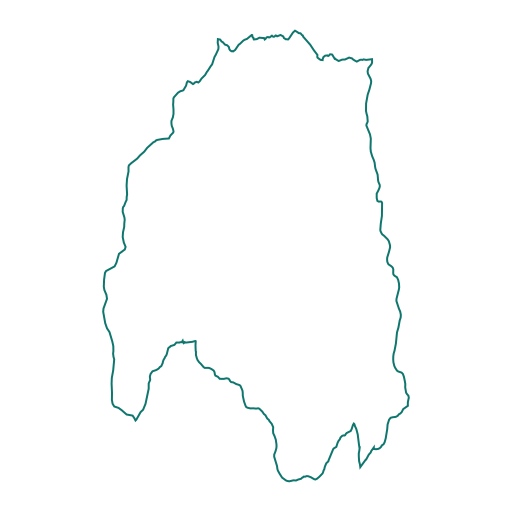 the district of Soatá, Boyacá, Colombia
{"feature_id": "7082276B16806691942886", "entity_name": "Soatá", "entity_type": "district", "adm_level": 2, "iso_a3": "COL", "parent_name": "Colombia", "parent_adm1": "Boyacá", "projection": "equal_earth", "projection_center": [-72.688, 6.322], "detail": "fine", "context": "isolated", "style": "outline", "palette": "teal", "viewbox_px": 512, "rotation_deg": 0, "n_neighbors": 0, "source": "geoboundaries", "source_scale": "gbopen_adm2", "svg_char_len": 5995}
<svg xmlns="http://www.w3.org/2000/svg" viewBox="0 0 512 512"><path d="M372.0,59.2L366.2,59.9L363.5,59.4L362.5,59.9L361.2,59.7L359.9,59.9L356.8,61.6L354.7,60.5L353.0,59.4L352.0,58.4L349.1,57.6L345.0,59.5L342.2,59.6L338.7,61.0L335.8,59.3L335.1,58.6L334.7,58.8L332.2,54.6L330.8,54.3L330.0,54.3L328.9,55.6L328.1,56.0L327.3,55.4L325.1,55.7L323.4,57.1L322.7,59.1L322.6,60.1L320.7,59.9L319.8,59.4L317.5,57.6L317.3,57.0L317.4,54.9L313.9,50.3L310.2,44.7L303.2,36.7L302.8,35.5L302.1,35.2L300.5,33.3L298.6,33.1L297.6,32.2L295.0,30.7L293.0,32.5L289.0,38.5L288.0,39.5L286.7,39.2L285.9,39.3L283.9,38.0L283.3,36.5L282.9,36.2L280.5,35.0L277.1,36.3L276.2,35.6L275.5,35.5L274.8,36.3L273.9,36.8L272.5,36.4L271.9,35.7L269.6,37.4L268.7,37.4L268.0,37.0L266.6,37.4L265.3,39.1L264.7,39.5L264.1,38.1L259.4,37.7L256.8,39.1L253.9,39.5L253.7,39.2L253.4,37.8L253.1,37.7L252.5,37.0L252.2,35.1L251.7,35.0L247.0,38.9L244.8,39.7L243.3,40.6L240.0,43.8L238.7,44.7L235.1,50.0L233.1,51.4L232.7,51.1L231.7,51.3L230.2,50.4L229.3,49.0L228.9,47.1L227.8,45.9L227.0,45.2L225.1,44.7L222.6,42.0L221.6,41.6L220.2,39.6L217.9,39.1L217.7,42.8L218.5,46.5L218.4,48.8L218.2,49.5L215.8,54.7L214.5,57.0L212.1,64.4L210.9,65.9L207.7,70.9L207.0,71.7L205.1,75.0L201.5,78.6L199.6,81.4L198.3,82.5L196.7,81.8L194.8,82.5L193.7,83.7L193.0,84.1L190.2,82.0L187.8,81.2L186.9,82.4L186.1,85.6L183.4,90.2L182.6,90.6L180.4,91.2L178.0,92.7L174.0,97.2L173.4,98.4L173.3,102.2L173.1,104.4L173.5,109.7L173.5,113.9L172.9,117.3L171.5,120.7L171.4,122.1L171.5,124.1L171.8,126.0L172.8,128.4L173.4,130.8L173.5,131.8L173.0,132.8L170.4,135.5L168.9,138.5L162.9,138.9L157.4,139.9L156.0,140.4L155.3,141.3L153.3,142.3L147.3,147.7L144.2,151.7L140.0,155.4L137.2,158.6L131.2,163.2L128.9,165.4L128.5,167.0L128.5,171.6L127.0,179.1L126.6,185.7L127.1,194.5L126.7,196.8L126.6,200.0L125.6,202.0L124.1,205.9L123.2,207.0L122.8,208.3L122.7,211.9L124.4,217.4L124.7,219.9L124.3,223.3L124.2,226.9L123.0,232.4L122.7,237.0L123.8,242.5L125.6,246.9L124.8,249.5L119.0,253.8L116.4,262.8L114.6,266.4L106.1,271.0L105.0,272.8L104.1,279.5L103.8,286.7L104.4,290.1L106.4,294.8L107.0,298.8L103.5,308.5L103.2,311.8L105.2,323.1L107.0,328.3L109.5,332.1L112.3,341.5L113.3,346.1L113.4,350.9L113.1,353.7L113.5,356.8L114.2,359.4L113.2,370.3L111.8,378.0L111.6,383.7L112.0,393.0L111.9,400.0L112.6,403.8L114.3,406.5L118.5,407.9L121.7,410.2L126.6,414.5L132.6,415.6L134.3,418.1L135.5,420.5L136.3,419.7L140.6,412.1L143.1,409.7L145.5,403.9L148.7,388.7L148.7,383.4L150.1,380.1L150.2,379.4L149.9,377.3L149.9,376.3L150.6,373.9L152.5,371.3L156.3,370.0L158.3,368.8L159.0,368.2L159.7,367.2L161.3,366.1L162.8,362.8L162.8,362.0L163.6,359.8L164.7,358.0L165.0,357.1L166.2,355.5L166.8,354.0L168.2,348.4L168.6,347.8L170.3,346.6L170.6,346.1L174.4,344.9L176.4,342.5L179.7,342.5L180.2,342.2L181.7,342.2L182.7,340.7L183.2,342.5L183.7,343.2L184.1,342.9L184.3,342.2L184.6,342.0L185.7,342.6L192.4,341.8L195.3,341.0L195.7,341.2L195.5,345.6L195.7,351.1L196.0,351.8L195.9,353.2L196.0,355.2L196.8,358.1L197.6,360.1L199.2,362.3L200.7,363.7L203.6,367.1L204.7,367.9L208.6,367.9L209.5,368.1L211.4,369.0L213.7,370.6L214.5,372.1L214.9,374.5L215.4,375.6L217.9,376.8L219.7,378.8L223.7,378.9L226.4,378.3L227.8,378.5L228.7,378.8L229.5,379.9L230.2,381.2L231.2,382.1L233.3,382.4L236.1,384.0L239.6,385.1L240.5,386.0L242.4,390.4L242.7,392.2L242.8,395.8L244.0,401.4L245.4,405.4L246.1,406.9L247.4,407.7L250.4,408.4L253.3,408.3L256.1,408.6L258.2,408.3L259.3,408.7L262.3,411.6L263.9,414.0L265.4,415.2L267.3,418.6L268.7,419.7L269.5,421.2L271.7,423.8L273.2,427.2L273.0,430.2L273.2,433.2L274.5,436.0L275.8,439.7L276.5,444.6L276.5,447.0L276.3,448.4L275.5,451.3L274.2,454.6L274.2,456.8L277.0,466.0L277.4,469.0L277.9,470.6L279.6,473.7L282.1,477.6L285.9,480.4L287.4,481.0L289.3,481.3L293.5,480.3L296.0,480.5L298.3,479.5L301.0,478.8L302.4,477.5L302.9,477.4L303.7,476.6L305.1,476.7L306.6,476.1L308.1,476.2L310.8,477.2L314.2,479.2L315.3,479.5L316.9,478.8L319.2,476.9L322.5,473.5L323.1,472.2L323.6,470.4L324.3,469.2L324.8,466.9L325.8,464.4L326.4,463.1L328.3,461.4L328.5,460.5L333.2,449.1L334.1,448.2L336.3,446.9L337.6,442.8L338.4,441.1L339.8,439.3L340.5,437.5L342.0,436.0L343.4,435.4L344.6,435.5L345.2,435.1L345.7,434.1L346.7,433.0L350.7,431.0L351.6,429.2L353.0,424.9L353.8,423.6L354.4,424.2L354.9,426.0L356.3,429.0L357.7,434.3L359.0,444.8L359.4,447.4L359.7,447.4L359.2,451.4L358.8,453.1L358.8,456.2L359.1,461.1L360.0,464.7L360.3,467.1L365.7,459.7L366.1,459.6L368.8,454.6L370.7,452.5L371.2,451.1L373.8,447.5L373.8,449.0L376.2,449.2L378.6,448.8L380.0,447.9L381.3,446.6L381.7,445.5L383.5,444.3L384.6,442.3L385.7,438.4L387.2,429.3L387.6,424.4L389.1,419.7L390.6,417.8L392.4,417.3L395.7,416.9L397.6,415.9L399.0,414.2L400.2,413.6L401.7,412.1L403.2,409.1L407.9,405.8L407.8,404.3L407.9,401.9L408.8,397.7L408.4,395.7L406.7,393.7L406.1,392.6L405.2,387.4L405.3,383.9L404.8,381.0L403.9,376.7L402.9,374.0L401.6,372.6L398.3,371.5L397.3,370.9L396.5,369.9L395.0,367.5L394.3,365.9L393.4,362.2L393.2,359.2L393.3,356.1L393.7,353.4L394.5,350.8L395.9,343.5L397.0,332.4L398.4,327.7L399.7,320.5L400.6,317.8L400.8,316.0L400.8,314.6L400.2,311.6L398.9,308.6L396.4,301.0L396.5,298.8L398.9,289.4L399.2,287.3L399.0,283.7L398.2,280.0L396.9,277.2L394.9,276.0L394.0,275.2L393.4,274.4L393.2,273.0L393.3,269.4L392.7,267.6L391.4,266.3L388.6,264.4L388.1,263.7L387.3,261.8L387.1,259.7L387.2,257.6L389.1,251.4L390.1,247.3L390.0,245.3L389.0,241.7L388.5,240.6L387.6,239.3L384.0,235.7L382.4,234.5L381.7,233.6L380.5,231.1L380.3,229.8L380.8,223.5L381.9,216.0L382.1,203.1L381.8,202.2L381.0,201.5L378.6,201.6L377.4,200.9L376.7,198.0L376.7,193.6L378.2,190.8L379.4,188.0L379.8,186.4L379.7,184.9L378.4,181.9L378.1,180.4L377.6,174.6L375.5,168.8L375.1,166.8L374.6,162.6L373.7,159.8L372.2,156.3L370.8,151.6L370.5,148.2L370.8,138.6L370.0,134.4L366.4,125.6L366.5,124.2L367.3,122.7L367.7,121.3L367.3,116.3L366.6,113.9L366.0,111.0L366.1,103.4L367.7,94.6L369.4,89.5L371.0,83.3L371.2,81.2L370.6,78.8L367.9,73.6L367.6,71.2L368.4,68.0L371.0,64.8L371.8,63.5L372.1,62.1L372.0,59.2Z" fill="none" stroke="#0f766e" stroke-width="2"/></svg>